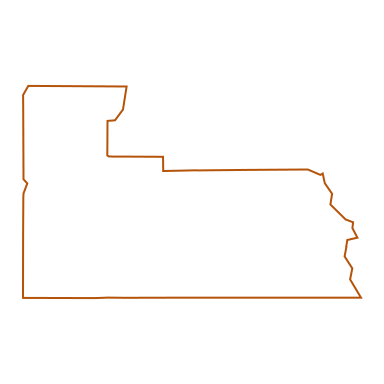 outline of Orange, Florida, United States of America
{"feature_id": "52423323B94983475607099", "entity_name": "Orange", "entity_type": "district", "adm_level": 2, "iso_a3": "USA", "parent_name": "United States of America", "parent_adm1": "Florida", "projection": "orthographic", "projection_center": [-81.268, 28.566], "detail": "fine", "context": "isolated", "style": "outline", "palette": "amber", "viewbox_px": 384, "rotation_deg": 0, "n_neighbors": 0, "source": "geoboundaries", "source_scale": "gbopen_adm2", "svg_char_len": 712}
<svg xmlns="http://www.w3.org/2000/svg" viewBox="0 0 384 384"><path d="M126.6,86.5L28.3,85.9L23.1,95.0L23.2,107.9L23.5,179.3L27.3,183.4L23.5,193.5L23.3,198.3L23.3,201.7L23.1,236.5L23.0,297.9L95.2,298.1L108.0,297.6L124.1,297.8L166.6,297.7L171.0,297.7L262.4,297.7L361.0,297.7L350.1,279.4L352.3,268.4L344.6,256.4L346.4,246.9L346.2,246.8L347.3,240.0L357.4,237.7L352.4,228.1L353.1,222.3L345.5,219.4L330.4,204.5L332.1,193.8L324.8,183.2L322.7,173.5L320.4,174.9L307.8,169.5L247.6,169.9L198.5,170.4L195.4,170.3L182.7,170.6L163.2,171.0L163.1,160.3L163.0,156.8L126.2,156.6L113.4,156.6L108.6,156.4L107.3,155.3L107.4,140.7L107.5,120.9L115.0,120.3L123.0,109.5L126.6,86.5Z" fill="none" stroke="#b45309" stroke-width="2"/></svg>